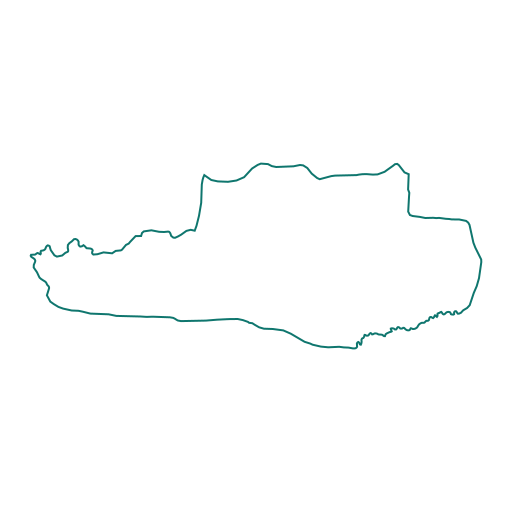 Sacapulas, Quiché, Guatemala (Natural Earth projection)
{"feature_id": "79465075B69929365391108", "entity_name": "Sacapulas", "entity_type": "district", "adm_level": 2, "iso_a3": "GTM", "parent_name": "Guatemala", "parent_adm1": "Quiché", "projection": "natural_earth1", "projection_center": [-91.122, 15.267], "detail": "fine", "context": "isolated", "style": "outline", "palette": "teal", "viewbox_px": 512, "rotation_deg": 0, "n_neighbors": 0, "source": "geoboundaries", "source_scale": "gbopen_adm2", "svg_char_len": 4706}
<svg xmlns="http://www.w3.org/2000/svg" viewBox="0 0 512 512"><path d="M83.5,245.2L81.9,246.3L80.2,246.6L79.3,245.9L78.6,244.7L78.6,241.7L78.0,240.6L77.1,239.7L75.6,239.0L74.0,239.2L71.9,241.3L69.4,243.1L67.9,245.0L67.7,248.0L68.0,248.9L68.2,250.5L68.1,251.3L67.7,251.8L65.4,252.8L62.2,255.5L56.9,256.6L54.4,255.3L50.8,250.2L50.2,248.3L49.9,247.2L49.7,246.3L48.7,245.6L47.6,245.4L46.7,246.1L46.1,246.9L45.6,248.1L45.4,248.8L44.6,249.7L43.6,250.3L42.3,250.6L41.1,250.8L40.6,251.6L40.7,252.7L40.8,253.7L40.4,254.3L39.2,253.8L38.7,253.4L37.5,253.0L36.9,253.3L36.3,253.7L35.6,254.3L35.0,254.6L33.7,254.7L32.8,254.7L31.9,254.8L31.1,254.8L30.7,255.8L31.2,256.7L31.8,257.2L32.5,257.6L33.2,258.1L33.8,258.5L34.4,259.0L34.9,259.7L35.3,260.8L35.1,261.8L33.8,264.9L33.7,267.5L37.0,272.3L39.2,277.0L39.7,277.8L40.3,278.3L41.1,279.0L43.4,280.5L44.9,281.4L46.0,282.4L46.6,283.5L47.1,284.7L48.6,286.3L49.0,287.1L49.1,288.0L48.9,288.9L46.9,295.3L50.3,301.6L53.8,304.1L58.4,306.9L63.1,308.6L71.7,310.5L78.6,310.8L82.8,311.7L90.4,313.6L108.6,314.3L116.3,315.9L140.6,316.5L146.6,316.9L152.5,316.7L169.9,317.3L173.3,317.9L175.2,318.9L176.4,319.7L177.8,320.5L181.0,321.1L205.9,320.6L216.9,319.7L226.7,319.2L229.2,319.1L237.7,319.0L242.9,320.1L248.0,321.9L249.1,322.8L252.3,323.2L254.6,324.7L259.1,327.3L263.9,328.7L272.8,329.0L283.3,330.4L290.8,333.7L304.6,341.8L310.3,343.6L312.6,344.7L320.9,346.6L328.3,347.3L339.2,346.8L343.8,347.4L348.6,347.6L352.9,348.4L353.9,348.4L354.8,348.4L355.7,348.2L356.3,347.8L356.8,347.3L357.1,346.6L357.0,345.4L356.9,343.5L357.3,342.7L357.8,342.2L358.4,342.0L359.2,342.7L359.6,343.7L359.9,344.4L360.8,344.7L361.2,343.9L361.5,342.7L361.6,341.6L361.5,340.6L361.5,339.7L362.0,338.6L362.7,338.2L363.3,338.0L363.9,337.1L364.2,336.5L364.3,335.6L364.6,334.9L365.4,335.0L366.3,335.6L367.2,335.7L368.2,335.5L368.9,334.8L369.6,333.7L370.5,333.1L371.3,333.4L372.1,334.4L372.9,334.3L373.8,333.8L374.8,333.4L375.7,333.4L376.9,333.6L377.5,333.9L378.0,334.2L378.9,334.5L379.7,334.5L380.7,334.6L381.9,334.7L382.8,335.1L383.3,335.7L384.0,336.1L385.0,336.1L385.3,335.1L385.7,334.2L387.0,333.3L389.6,332.1L390.2,332.0L391.0,331.8L391.7,331.4L391.3,330.4L390.9,329.5L390.8,328.6L391.6,328.3L392.4,328.3L393.8,328.6L394.5,329.0L395.0,329.5L396.2,329.4L396.8,328.6L397.3,327.6L398.0,327.1L398.7,327.2L399.5,327.7L400.1,328.4L400.7,328.6L401.5,328.6L402.4,328.4L403.2,327.8L404.1,327.9L404.7,328.4L405.3,329.1L406.1,329.7L406.8,330.1L407.8,330.3L408.8,330.3L409.6,330.1L410.1,329.3L410.7,328.3L411.5,328.4L412.7,329.0L413.5,329.0L414.8,328.8L415.5,328.5L416.5,327.9L417.2,327.3L417.5,326.8L417.9,326.1L418.9,324.6L419.4,324.1L420.0,323.7L421.0,323.1L421.8,322.8L422.3,322.8L423.2,322.8L423.9,322.8L424.6,322.5L425.1,321.9L426.3,320.8L427.0,320.8L427.9,320.8L428.8,320.2L429.1,319.3L429.3,318.5L429.5,317.8L430.0,317.2L430.7,317.0L431.4,317.1L432.3,317.8L433.1,318.1L433.9,317.3L434.5,316.0L435.0,315.3L435.7,315.6L436.2,316.4L436.9,316.9L437.5,316.0L437.5,314.4L437.6,313.6L438.5,313.1L439.7,312.8L440.3,312.2L441.3,311.9L441.9,312.6L442.5,313.6L443.0,314.1L443.6,314.4L444.5,314.2L445.1,313.7L445.9,312.9L446.6,312.3L447.6,312.0L448.3,311.9L449.2,312.0L449.9,312.2L450.4,312.8L451.0,314.2L451.9,314.5L453.3,314.6L454.1,314.2L454.1,312.3L454.8,311.4L455.9,311.2L456.6,311.8L456.9,312.5L457.8,313.7L458.8,313.7L460.9,312.8L463.2,310.3L467.1,308.0L469.7,305.2L473.8,292.9L476.7,286.2L479.0,278.2L481.3,262.1L481.2,259.5L475.3,247.6L473.4,242.7L469.5,224.9L468.2,222.6L466.1,220.9L459.3,219.5L451.7,219.4L449.2,219.0L445.8,218.8L439.1,217.9L436.3,218.1L433.2,217.8L425.3,218.0L419.8,216.9L412.6,216.0L409.9,215.0L408.2,211.6L409.0,197.1L409.3,192.8L408.1,189.5L408.7,174.2L404.5,172.4L398.8,165.1L397.2,163.9L395.0,164.2L393.0,165.8L387.5,169.7L384.6,171.8L377.6,174.4L372.9,174.6L366.4,174.1L362.4,174.2L359.0,174.6L356.5,175.1L335.1,175.6L331.3,176.1L319.7,179.2L317.1,178.0L311.7,173.6L307.3,168.0L303.2,165.4L300.0,165.0L293.5,166.3L276.2,167.0L271.8,166.1L268.0,164.1L260.9,163.6L257.7,164.9L252.1,168.5L244.1,177.2L236.5,180.5L228.0,181.8L217.8,181.4L211.3,180.0L206.0,176.3L204.3,175.1L203.3,177.5L202.6,179.9L201.8,184.5L201.2,202.8L199.0,215.8L196.5,225.8L194.7,230.7L190.7,229.8L186.4,230.9L181.1,234.7L177.9,236.5L175.0,237.8L173.3,237.6L171.2,235.9L170.3,233.3L169.8,232.5L169.1,231.8L168.1,231.6L164.0,232.0L159.1,231.8L151.4,230.3L143.8,231.4L142.0,233.0L141.1,236.0L135.6,236.1L131.8,240.1L130.0,242.0L128.7,243.6L126.0,244.9L122.0,249.7L120.8,250.4L115.7,250.9L112.1,253.3L103.5,252.4L97.5,254.2L93.9,254.5L93.3,254.5L92.8,254.1L92.2,253.4L92.1,252.2L92.7,250.6L92.4,249.8L92.0,249.3L91.2,248.8L90.2,248.5L86.6,248.2L85.9,247.5L85.3,246.7L83.5,245.2Z" fill="none" stroke="#0f766e" stroke-width="2"/></svg>